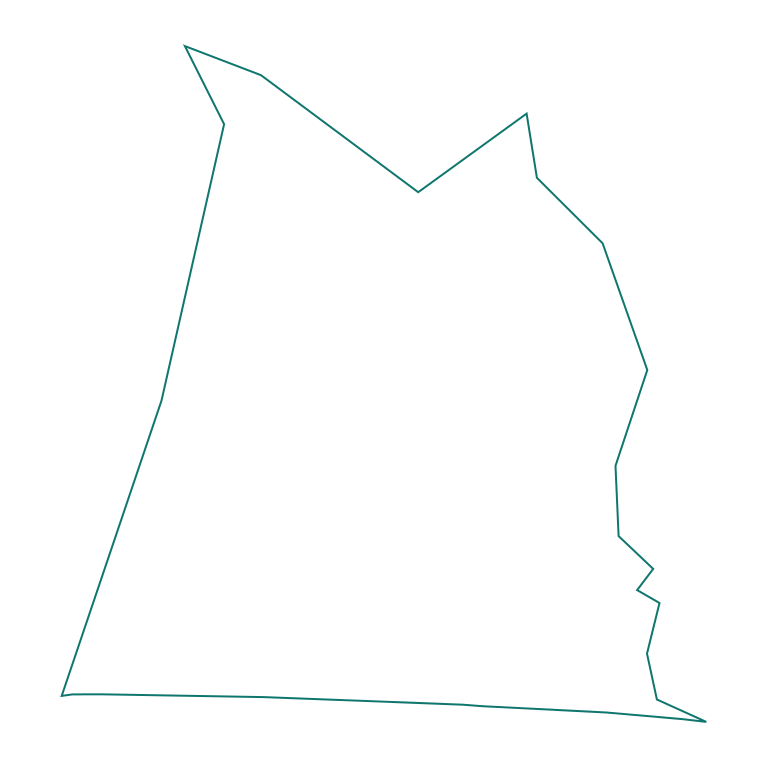 Clinton, Kentucky, United States of America (Albers equal-area conic projection)
{"feature_id": "52423323B366346892097", "entity_name": "Clinton", "entity_type": "district", "adm_level": 2, "iso_a3": "USA", "parent_name": "United States of America", "parent_adm1": "Kentucky", "projection": "albers", "projection_center": [-85.096, 36.751], "detail": "fine", "context": "isolated", "style": "outline", "palette": "teal", "viewbox_px": 768, "rotation_deg": 0, "n_neighbors": 0, "source": "geoboundaries", "source_scale": "gbopen_adm2", "svg_char_len": 435}
<svg xmlns="http://www.w3.org/2000/svg" viewBox="0 0 768 768"><path d="M526.6,113.6L418.2,192.2L261.0,75.2L184.9,46.1L224.1,124.2L161.5,400.6L61.7,695.9L72.3,694.4L101.1,694.3L263.6,697.1L462.9,704.7L482.4,706.2L606.4,712.5L683.1,719.2L706.3,721.9L656.9,699.5L647.0,653.6L659.5,603.0L637.1,590.1L653.2,568.9L618.6,536.1L615.5,465.8L647.3,370.0L602.6,243.3L536.9,177.8L526.6,113.6Z" fill="none" stroke="#0f766e" stroke-width="2"/></svg>